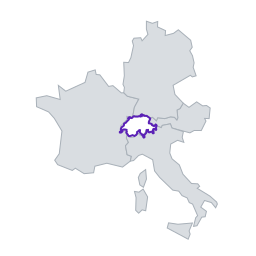 Switzerland and the surrounding countries, rotated 3°
{"feature_id": "CHE", "entity_name": "Switzerland", "entity_type": "country or territory", "adm_level": 0, "iso_a3": "CHE", "parent_name": "Europe", "parent_adm1": "", "projection": "mercator", "projection_center": [8.313, 46.803], "detail": "fine", "context": "with_neighbors", "style": "outline", "palette": "violet", "viewbox_px": 256, "rotation_deg": 3, "n_neighbors": 4, "source": "natural_earth", "source_scale": "50m", "svg_char_len": 5046}
<svg xmlns="http://www.w3.org/2000/svg" viewBox="0 0 256 256"><g transform="rotate(3 128 128)"><path d="M121.9,93.0L125.7,96.3L137.3,98.6L133.3,106.9L132.2,115.5L130.0,117.6L126.3,116.5L126.6,119.5L120.7,126.2L120.6,131.5L124.4,129.7L127.2,134.8L126.9,138.1L129.2,142.4L126.4,145.9L128.5,154.7L132.9,156.1L132.0,161.0L124.6,167.3L108.7,164.3L96.9,167.9L96.0,174.5L86.6,175.9L77.5,170.9L74.6,173.3L59.7,168.3L56.5,164.0L60.7,157.3L62.2,134.5L53.9,122.2L47.9,116.1L35.6,111.5L34.8,102.7L45.2,100.0L58.8,103.1L56.2,89.1L63.9,94.5L82.7,84.7L85.1,74.3L92.2,71.7L93.4,76.2L97.1,76.4L106.5,87.5L110.7,86.5L119.5,93.3L121.9,93.0ZM142.6,172.8L147.8,168.6L149.1,178.0L146.5,186.4L142.8,184.2L140.9,176.9L142.6,172.8Z" fill="#d9dde1" stroke="#a8b0b8" stroke-width="1"/><path d="M209.0,103.7L208.5,114.4L204.0,114.4L205.5,117.0L201.3,126.7L194.2,127.0L190.1,129.6L171.9,125.7L170.1,121.6L162.1,123.6L161.2,125.9L148.5,121.7L149.4,116.7L151.9,116.0L156.0,119.3L157.1,116.2L164.2,116.7L170.0,114.6L173.9,114.9L176.4,117.4L177.2,115.3L176.0,107.5L178.9,105.9L181.8,100.3L187.8,104.2L195.2,98.3L201.4,102.0L205.2,101.4L209.0,103.7Z" fill="#d9dde1" stroke="#a8b0b8" stroke-width="1"/><path d="M186.0,37.1L187.9,44.0L185.6,47.6L188.6,52.4L190.6,59.5L189.9,64.0L193.3,72.3L189.6,73.6L187.5,72.1L170.8,83.0L173.1,92.0L181.8,100.3L178.9,105.9L176.0,107.5L177.2,115.3L176.4,117.4L173.9,114.9L170.0,114.6L164.2,116.7L157.1,116.2L156.0,119.3L151.9,116.0L149.4,116.7L140.8,113.0L139.1,115.6L132.2,115.5L133.3,106.9L137.3,98.6L125.7,96.3L121.9,93.0L122.3,87.6L120.7,84.7L121.6,76.1L120.3,62.6L125.1,62.6L127.2,57.6L129.2,45.4L127.7,40.9L129.3,38.0L136.0,37.2L137.5,40.2L143.0,33.5L141.2,28.3L140.8,20.4L146.9,22.2L152.1,20.1L152.2,25.5L160.4,28.8L160.3,33.7L168.5,31.1L173.1,27.3L186.0,37.1Z" fill="#d9dde1" stroke="#a8b0b8" stroke-width="1"/><path d="M156.3,124.2L161.2,125.9L162.1,123.6L170.1,121.6L171.9,125.7L183.5,128.7L182.6,134.5L184.5,139.4L178.1,137.7L171.5,141.8L171.0,150.8L173.6,156.5L181.2,162.2L185.3,171.3L194.3,180.1L200.6,180.1L202.6,182.5L200.3,184.6L213.5,191.8L220.4,197.3L221.2,199.3L219.7,203.1L215.2,198.1L208.2,196.4L204.8,203.2L210.7,207.1L209.7,212.6L206.3,213.2L202.0,222.0L198.6,222.8L200.3,214.1L202.1,211.9L196.5,200.6L193.1,199.3L190.7,194.7L185.5,192.7L182.0,188.4L176.0,187.7L162.3,175.8L156.8,169.5L154.3,158.4L143.7,153.4L140.0,154.9L135.3,160.2L132.0,161.0L132.9,156.1L128.5,154.7L126.4,145.9L129.2,142.4L126.9,138.1L127.2,134.8L130.7,137.3L134.6,136.7L139.1,132.8L140.5,134.6L144.3,134.3L146.1,129.5L152.1,131.0L155.6,129.0L156.3,124.2ZM182.9,221.5L197.3,219.5L194.4,227.6L195.6,230.7L193.9,235.9L172.4,225.8L173.5,220.6L182.9,221.5ZM142.3,191.5L146.3,188.2L151.2,195.8L150.0,209.7L146.4,209.0L143.1,212.5L140.0,209.8L139.7,197.1L137.8,191.0L142.3,191.5Z" fill="#d9dde1" stroke="#a8b0b8" stroke-width="1"/><path d="M148.9,116.7L149.1,116.9L149.7,117.4L149.5,118.3L148.9,119.7L148.5,120.9L148.5,121.8L148.6,122.2L149.3,122.3L149.6,122.3L150.6,122.5L151.5,122.9L151.6,123.2L151.7,123.7L152.7,124.3L153.8,124.7L154.2,124.6L155.5,123.1L156.1,123.4L156.4,124.1L156.4,124.5L156.0,126.1L155.9,126.9L156.2,127.4L156.3,127.9L156.2,128.3L155.6,128.3L154.9,128.1L154.3,127.4L153.8,127.5L153.4,127.7L153.2,128.3L153.0,129.0L153.1,129.5L153.4,129.8L153.6,130.4L153.8,131.3L153.9,131.7L153.7,131.9L153.4,132.0L153.0,131.9L152.5,130.9L152.2,130.5L151.8,130.4L151.0,130.6L149.8,131.2L149.3,131.2L148.9,131.1L148.5,130.6L148.2,129.7L148.1,129.0L147.8,129.1L147.1,128.9L146.7,129.1L146.7,130.1L146.6,131.3L146.3,132.1L145.2,133.5L144.8,134.1L144.6,134.5L144.6,134.9L144.8,135.5L145.0,136.1L144.8,136.5L144.2,136.7L143.8,136.3L143.7,135.6L142.8,134.7L143.2,134.0L143.2,133.8L141.7,133.4L141.1,132.8L140.2,131.8L140.1,131.4L140.1,130.0L140.1,129.6L139.5,129.5L138.9,130.0L138.4,130.7L137.3,131.5L137.2,131.7L137.6,132.5L137.5,132.8L136.7,134.1L136.5,134.5L135.3,135.3L134.8,135.6L133.2,135.0L132.8,134.9L132.1,135.3L131.1,135.7L129.5,136.1L128.9,135.8L128.6,135.5L128.5,135.2L128.1,134.5L127.6,134.1L127.3,133.6L126.9,133.2L126.6,132.8L127.0,131.5L126.7,131.0L126.6,130.4L126.6,129.9L125.0,129.6L123.8,129.7L123.0,130.1L122.3,130.8L122.2,131.0L122.6,131.7L122.0,132.4L121.1,133.0L120.4,133.0L120.1,132.9L120.1,132.2L120.7,131.9L121.1,131.4L121.3,130.7L121.4,130.3L120.9,129.7L120.9,129.3L121.2,128.7L121.4,128.1L121.7,127.5L122.7,126.7L123.7,125.8L123.8,124.9L123.9,123.8L124.1,123.6L125.4,122.9L125.8,122.6L125.9,122.3L127.0,121.0L128.1,119.8L128.3,119.4L128.5,119.1L128.5,118.9L128.3,118.8L127.8,118.6L127.6,118.3L128.2,117.5L128.9,117.1L129.6,117.1L129.8,117.3L129.8,117.5L130.1,117.8L130.6,117.9L131.2,117.8L131.8,117.5L132.2,116.9L132.5,116.4L133.4,115.9L134.1,116.2L135.9,116.2L137.3,116.1L138.1,115.7L139.2,115.7L139.9,115.9L140.0,115.9L140.4,115.6L141.1,115.5L141.1,115.3L141.1,115.2L140.2,115.2L139.9,115.0L139.8,114.7L140.1,114.2L140.7,113.8L141.2,113.7L141.5,113.8L142.4,114.6L142.6,114.6L142.8,114.5L142.9,114.4L143.3,114.5L143.6,115.0L145.6,114.9L146.1,114.9L147.4,115.8L148.9,116.7Z" fill="none" stroke="#5b21b6" stroke-width="2"/></g></svg>